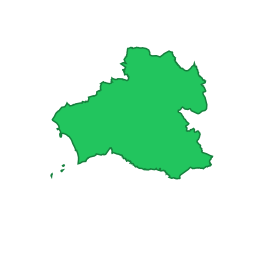 Kota Serang, Banten, Indonesia (orthographic projection), rotated 243°
{"feature_id": "22746128B38845978082923", "entity_name": "Kota Serang", "entity_type": "district", "adm_level": 2, "iso_a3": "IDN", "parent_name": "Indonesia", "parent_adm1": "Banten", "projection": "orthographic", "projection_center": [106.163, -6.1], "detail": "fine", "context": "isolated", "style": "filled", "palette": "green", "viewbox_px": 256, "rotation_deg": 243, "n_neighbors": 0, "source": "geoboundaries", "source_scale": "gbopen_adm2", "svg_char_len": 5926}
<svg xmlns="http://www.w3.org/2000/svg" viewBox="0 0 256 256"><g transform="rotate(243 128 128)"><path d="M169.8,64.4L169.0,64.4L164.9,66.7L161.7,67.3L159.9,67.0L159.3,66.5L159.1,65.7L159.4,65.1L159.4,64.5L158.5,64.7L158.6,65.6L158.2,66.0L157.4,66.2L155.7,66.3L154.5,65.9L153.6,64.5L151.8,63.8L150.8,63.7L150.4,64.2L150.4,64.5L151.4,65.3L153.2,66.1L153.1,67.0L152.1,68.5L150.2,70.1L147.6,71.2L147.2,71.7L143.8,72.2L142.2,72.2L139.1,71.8L135.2,71.8L132.9,71.6L132.1,71.1L131.6,71.8L131.3,71.6L131.1,72.0L128.0,71.6L124.5,70.7L122.3,69.6L118.8,67.3L118.4,69.3L118.6,72.3L117.5,75.0L117.9,75.2L117.8,75.8L118.5,76.4L119.0,77.5L119.1,78.6L119.5,78.7L119.4,81.3L118.4,85.4L118.6,87.3L119.3,88.0L116.1,91.9L116.2,92.3L115.8,94.2L115.1,94.4L114.7,96.1L118.4,103.0L118.2,103.6L117.8,104.0L117.0,103.5L116.3,104.1L115.8,103.7L114.0,103.1L113.1,102.4L112.7,102.4L112.8,103.3L112.6,104.0L109.8,106.5L108.8,108.0L108.2,108.2L107.6,109.0L107.2,109.1L106.7,110.1L106.1,110.4L105.0,109.8L104.3,110.5L103.1,110.1L102.7,110.3L102.3,111.6L101.9,112.0L100.8,111.5L100.1,112.2L99.1,111.8L99.0,112.2L99.2,113.0L98.9,113.8L98.0,113.8L97.6,114.3L97.4,115.1L96.5,115.1L95.9,114.3L95.8,114.9L94.7,114.8L94.4,115.8L93.7,116.4L92.8,115.9L92.3,116.5L90.1,117.0L89.8,117.3L89.7,118.6L88.7,118.7L87.0,119.8L85.6,122.1L83.9,123.2L83.9,124.2L83.4,124.1L83.4,124.8L82.5,125.1L82.6,126.0L81.5,126.8L81.6,127.5L81.1,128.8L81.4,129.5L80.1,131.0L78.9,132.7L78.7,133.7L79.1,134.7L78.0,134.8L76.5,136.1L76.1,136.8L76.1,137.3L77.3,137.7L77.4,138.2L77.2,138.4L75.2,137.4L74.6,138.4L74.1,140.5L73.8,140.8L73.2,140.8L72.8,141.5L72.1,141.6L71.7,141.3L70.8,141.7L69.6,141.2L69.8,142.1L68.3,142.4L67.8,143.0L67.1,143.0L66.2,143.4L65.9,143.3L65.5,142.2L63.4,144.1L62.9,146.3L62.1,146.7L61.6,147.5L61.2,147.6L60.4,148.9L60.1,150.3L59.6,151.1L59.8,151.6L61.3,151.9L62.3,153.2L63.8,163.1L64.5,164.8L64.6,165.6L64.5,166.0L62.5,167.2L62.5,167.6L61.9,168.5L61.5,170.5L60.9,171.4L60.9,172.2L60.2,172.8L60.3,173.4L59.2,174.3L58.4,176.0L57.5,176.7L57.9,178.1L57.9,179.0L58.2,179.6L58.0,180.6L57.4,181.0L57.6,182.2L57.3,182.7L57.4,183.3L57.0,183.9L57.1,184.5L57.6,184.9L57.4,185.1L57.8,185.6L58.7,185.3L59.0,184.7L59.9,185.4L60.7,185.2L61.4,185.6L62.2,186.3L62.4,187.2L62.8,188.0L64.0,188.7L63.8,189.7L64.4,190.4L66.1,188.7L69.3,186.3L72.4,183.2L73.5,183.0L73.9,183.2L74.0,183.7L75.0,183.7L76.2,184.3L76.5,184.0L78.2,183.7L79.3,184.6L80.6,184.4L81.1,183.9L84.4,183.2L85.6,184.2L85.9,185.5L87.7,187.7L88.4,188.1L89.6,189.3L91.1,189.6L91.5,189.2L93.0,189.3L93.6,188.9L93.8,188.0L93.5,186.6L94.1,185.5L94.7,185.5L96.6,186.5L97.8,186.2L97.7,183.8L98.1,182.9L97.3,181.7L97.4,181.1L98.2,180.2L98.2,179.5L99.0,178.9L101.2,180.5L101.7,180.5L102.8,180.0L103.5,180.4L103.8,183.0L104.2,184.1L104.5,184.2L107.3,183.0L109.6,182.9L110.9,182.1L112.8,182.3L114.6,181.9L116.3,182.0L118.1,181.1L119.0,180.2L119.7,180.1L120.9,180.9L120.6,181.9L120.6,183.1L121.8,185.2L121.9,186.1L118.9,187.5L118.2,188.7L117.3,189.8L117.3,191.6L117.0,192.2L114.7,192.3L109.3,196.5L108.8,197.3L108.7,198.3L109.4,201.8L108.7,204.5L109.1,205.9L109.5,206.7L113.0,208.8L120.3,210.5L123.3,210.2L125.0,210.5L125.8,211.3L125.4,213.3L125.7,214.0L129.3,214.3L130.0,214.0L131.1,214.3L131.7,213.7L131.7,213.4L133.5,213.1L133.4,217.3L134.5,218.2L134.8,217.5L135.3,217.6L135.7,218.0L135.9,217.9L136.5,217.2L136.4,216.7L136.6,216.6L137.5,216.5L138.8,216.7L139.4,216.3L141.3,215.8L141.7,215.5L141.5,215.2L142.3,215.0L144.7,215.2L145.2,215.9L146.0,215.8L148.4,216.4L148.8,216.0L151.8,216.9L152.0,215.8L155.5,216.5L154.7,215.8L154.0,214.9L153.7,212.9L152.7,211.0L151.9,207.7L152.5,205.9L153.8,204.5L155.0,204.2L155.5,203.8L156.3,203.7L156.5,203.0L157.8,201.9L158.0,201.8L158.3,202.1L159.1,201.6L159.3,201.9L160.2,201.7L161.0,201.4L161.3,201.0L161.8,201.3L162.6,200.9L162.9,201.0L163.1,200.6L164.2,200.9L164.7,200.3L165.7,200.3L165.9,200.7L167.3,200.3L167.6,200.4L167.6,201.2L168.3,201.3L168.9,202.0L169.3,201.7L170.6,201.5L171.4,201.0L172.6,201.3L173.8,201.1L174.8,201.8L175.6,201.8L175.8,201.3L177.1,200.0L177.9,199.5L177.8,193.9L177.3,192.2L176.8,188.8L179.5,186.1L181.2,182.4L182.3,181.2L183.6,180.7L185.6,181.7L188.1,181.8L190.6,180.2L193.0,177.1L193.1,176.3L194.1,174.5L194.8,173.9L195.5,172.7L195.9,172.4L196.1,170.5L196.4,170.0L196.6,168.5L197.1,167.9L197.7,168.2L198.5,167.0L198.5,165.0L199.0,164.0L198.5,163.4L196.4,162.1L196.1,161.7L194.5,160.9L193.4,159.7L192.3,159.2L192.3,157.8L191.6,157.3L190.9,155.7L187.5,155.4L186.4,155.6L186.8,154.9L187.7,154.6L188.2,154.0L188.4,152.9L188.4,150.8L183.3,153.5L182.6,152.5L181.6,151.7L182.3,149.9L181.9,149.7L181.0,150.2L180.7,150.2L180.1,150.7L179.4,150.1L179.6,149.8L178.2,149.7L177.0,149.2L176.8,150.2L176.2,150.8L176.1,151.6L175.1,151.6L174.8,151.8L174.1,151.3L173.5,151.4L173.1,151.8L172.7,151.4L172.3,151.3L171.2,150.4L170.8,149.7L170.7,148.6L172.6,146.9L173.3,145.5L174.0,145.6L176.3,141.6L176.5,141.1L176.2,140.5L177.1,138.4L178.3,137.5L178.5,137.0L179.7,136.4L179.2,136.2L178.8,135.2L177.7,134.9L177.4,134.3L176.2,134.8L176.4,134.1L175.7,133.5L175.7,133.1L175.9,131.6L177.9,129.1L178.6,128.6L179.5,127.1L180.2,127.1L180.3,126.1L179.9,124.0L179.5,124.5L177.6,122.3L177.3,122.4L175.9,121.5L174.2,121.1L174.3,120.0L173.9,119.6L174.4,119.1L174.4,116.8L172.7,115.6L172.1,115.4L171.9,114.8L171.8,112.3L172.1,111.7L172.4,111.7L173.3,106.8L171.9,106.5L169.7,104.2L170.2,103.3L170.9,102.7L170.2,101.9L170.8,101.5L170.8,101.0L172.2,99.5L172.1,99.2L171.1,98.4L171.9,96.8L173.2,92.2L173.2,90.3L173.6,90.1L173.7,89.7L173.3,88.9L174.0,86.5L174.2,86.2L176.0,85.8L176.7,85.1L177.9,85.0L176.9,83.8L175.6,81.3L176.5,78.3L174.7,74.4L174.8,73.4L174.3,72.4L174.3,71.5L173.3,69.8L171.7,67.8L169.8,64.4ZM120.1,51.1L120.5,49.5L120.4,49.1L119.6,48.9L119.3,49.2L120.1,51.1ZM121.6,39.5L121.4,38.8L120.8,38.1L120.3,37.8L119.4,37.8L120.6,38.6L121.2,39.4L121.6,39.5ZM124.1,54.2L124.3,53.7L124.1,52.6L123.4,52.8L123.3,53.6L123.8,54.3L124.1,54.2Z" fill="#22c55e" stroke="#15803d" stroke-width="1.5"/></g></svg>